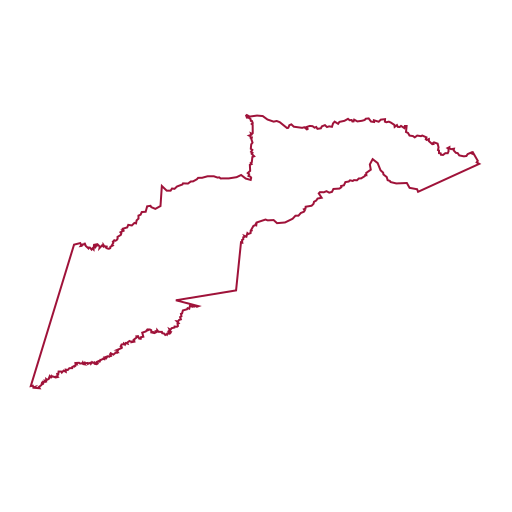 the district of La Montañita, Caquetá, Colombia, rotated 93°
{"feature_id": "7082276B18236401251587", "entity_name": "La Montañita", "entity_type": "district", "adm_level": 2, "iso_a3": "COL", "parent_name": "Colombia", "parent_adm1": "Caquetá", "projection": "robinson", "projection_center": [-75.265, 1.373], "detail": "fine", "context": "isolated", "style": "outline", "palette": "rose", "viewbox_px": 512, "rotation_deg": 93, "n_neighbors": 0, "source": "geoboundaries", "source_scale": "gbopen_adm2", "svg_char_len": 6121}
<svg xmlns="http://www.w3.org/2000/svg" viewBox="0 0 512 512"><g transform="rotate(93 256 256)"><path d="M115.7,272.6L116.3,273.2L118.3,272.3L118.2,270.8L119.5,268.6L121.3,268.2L121.4,267.1L123.4,266.2L124.4,267.2L125.2,266.2L133.5,265.7L134.3,266.4L133.8,267.5L135.1,267.0L136.1,269.1L136.6,267.8L138.2,267.5L138.0,266.4L139.6,266.7L143.0,265.4L144.7,266.6L149.2,266.8L150.3,265.2L152.2,266.4L153.2,264.9L154.2,265.7L156.5,263.1L157.3,264.8L162.5,265.1L163.4,266.1L164.4,265.2L165.3,266.9L171.3,266.3L173.6,268.6L174.7,267.1L176.5,267.7L177.1,265.7L178.2,264.9L180.3,265.3L179.2,270.3L175.9,275.1L178.3,279.5L179.9,287.1L180.4,295.4L179.4,296.8L179.7,298.5L178.6,302.2L178.9,308.5L180.7,313.9L181.0,317.9L182.5,319.1L184.8,322.8L185.0,325.0L187.2,327.7L187.3,332.7L188.4,333.2L190.7,338.5L193.2,340.9L193.0,343.4L195.2,344.7L195.4,348.6L191.0,353.7L211.1,354.0L214.2,359.0L212.7,363.1L211.4,364.0L212.1,367.3L217.6,368.5L218.1,372.4L220.8,373.4L221.8,375.5L224.8,375.3L226.7,377.1L229.7,377.5L229.3,379.1L232.0,381.6L231.6,385.2L234.2,386.1L235.7,390.4L237.3,389.7L237.3,390.7L238.0,390.1L239.4,392.6L240.5,391.7L242.0,392.1L244.2,395.3L246.0,395.1L247.5,396.1L248.2,397.5L247.7,398.4L249.3,399.7L250.2,399.1L252.5,400.3L253.0,399.6L254.4,401.9L255.8,402.0L256.5,403.3L256.2,405.0L255.4,406.4L254.4,405.8L254.1,408.1L252.7,409.1L254.3,409.2L253.5,410.3L256.3,412.7L254.8,412.5L252.5,415.0L253.0,417.0L253.8,416.3L253.8,417.3L254.5,417.1L254.4,416.2L255.7,416.9L254.4,418.4L258.0,418.5L256.9,419.6L258.2,420.5L256.3,422.3L256.3,423.6L257.1,423.8L254.9,426.5L251.8,427.9L253.5,427.8L253.5,429.6L255.0,430.6L255.2,431.6L254.2,431.0L252.3,432.2L254.2,438.3L397.7,474.1L397.2,472.1L398.9,471.4L398.3,469.9L399.2,470.6L399.4,465.2L398.2,466.0L396.2,463.6L394.3,463.2L395.0,462.4L394.5,461.3L394.4,462.6L393.0,462.2L393.5,461.5L392.5,461.0L392.6,460.1L391.6,460.4L392.0,459.0L389.9,459.1L390.6,458.2L389.7,456.7L387.3,455.9L388.2,455.5L386.6,454.3L387.6,453.8L386.8,453.0L387.8,449.7L387.4,448.3L386.9,449.3L386.5,447.8L384.3,448.3L384.4,447.3L381.7,447.1L381.6,444.3L382.5,443.8L380.5,442.1L381.6,439.9L379.4,440.1L379.7,438.0L377.8,436.5L377.6,433.7L376.3,433.6L375.7,431.8L374.6,431.9L375.7,431.3L374.9,430.4L372.7,430.7L373.2,429.4L372.2,429.8L371.9,427.1L372.6,426.2L372.3,423.9L371.5,423.5L373.0,422.9L373.1,421.9L372.4,422.8L371.3,421.4L372.0,420.7L371.6,418.5L372.5,418.2L371.3,415.9L372.3,415.3L370.5,414.2L371.2,413.1L370.7,411.9L372.1,411.5L372.4,409.5L371.8,408.7L371.0,410.0L370.1,409.5L369.1,407.5L369.8,407.6L369.7,406.6L368.1,406.0L368.6,405.1L368.0,405.6L366.7,403.3L367.0,402.1L365.5,402.1L366.2,400.4L364.9,399.6L364.7,400.7L363.8,398.6L364.5,396.6L363.9,397.2L363.4,395.6L362.5,396.0L362.6,397.0L361.7,395.4L361.5,396.4L360.7,396.0L362.0,393.3L359.8,391.0L360.1,389.0L359.5,389.8L359.4,389.0L358.7,389.6L357.2,388.8L357.1,389.8L354.9,385.3L354.1,385.2L353.3,386.4L351.4,385.6L351.2,383.9L350.2,383.5L351.4,382.2L349.7,381.5L350.2,379.7L349.3,380.1L347.5,377.9L348.1,376.6L347.6,374.1L348.3,374.6L347.9,373.0L346.1,373.8L343.5,370.8L342.5,371.2L342.2,369.6L344.6,368.3L344.7,366.8L343.1,366.6L342.5,364.3L338.5,365.6L337.1,362.1L335.0,360.6L335.0,359.7L335.8,360.1L334.9,358.2L335.5,356.8L337.1,356.6L337.3,355.0L337.9,355.7L338.3,353.4L337.2,351.5L336.3,352.0L336.2,350.8L335.2,350.8L336.8,349.4L336.7,346.0L338.0,345.6L338.2,343.8L339.6,342.5L338.8,341.3L339.2,340.8L338.1,340.5L338.1,338.2L337.2,337.4L336.5,338.8L336.0,337.7L335.4,339.0L334.7,338.2L333.6,338.7L334.2,337.6L332.5,336.5L331.7,333.7L330.7,333.6L330.8,331.2L330.0,330.3L327.7,330.8L327.2,329.7L325.3,331.7L325.3,330.3L323.9,329.5L323.2,327.7L321.0,328.6L320.1,327.3L317.7,327.9L317.2,326.8L314.2,326.2L312.8,322.1L311.7,321.6L312.1,319.9L309.4,319.4L310.0,316.6L309.0,316.2L309.7,314.9L309.0,314.0L309.8,312.4L309.1,310.8L304.4,333.7L291.4,274.1L243.1,271.7L243.4,270.4L240.8,270.8L240.0,269.6L238.0,269.7L237.3,268.1L236.5,268.6L237.2,266.6L233.6,265.8L234.4,264.8L233.4,262.6L231.0,262.6L230.7,261.7L230.0,262.1L226.0,260.1L225.5,258.6L224.0,257.9L224.7,257.3L222.5,257.1L219.1,248.4L219.8,246.3L219.2,240.3L222.1,236.7L221.0,228.8L216.9,221.4L213.7,218.7L213.5,215.7L210.7,213.5L209.3,210.5L208.0,209.7L206.8,210.6L206.2,209.1L204.2,209.0L202.9,203.1L200.9,201.3L198.8,200.9L197.5,198.8L195.4,197.5L194.4,193.5L190.2,196.6L188.9,195.5L188.8,191.6L187.6,189.0L188.9,186.2L188.0,183.5L185.0,182.2L184.3,176.2L182.9,174.4L181.7,174.7L180.8,171.9L177.5,170.6L176.8,167.3L175.5,166.1L176.0,163.3L175.1,162.2L175.1,159.1L173.2,157.4L173.0,155.1L170.5,151.5L169.4,151.2L169.5,150.0L167.3,150.3L163.8,145.9L158.6,147.1L153.2,144.6L156.8,139.4L163.9,136.1L166.1,133.4L167.9,133.0L170.3,129.6L173.4,128.5L174.0,126.3L175.1,125.5L176.2,119.7L175.2,109.2L179.9,106.2L180.9,98.6L183.4,97.5L152.3,37.9L150.9,40.5L149.4,39.5L140.9,45.0L141.1,45.8L142.5,45.4L141.8,47.3L143.2,50.0L145.1,51.1L145.6,53.6L144.9,58.3L142.7,60.0L142.5,61.8L140.1,64.2L138.5,63.9L139.1,66.8L138.4,68.6L137.2,68.6L138.2,70.3L138.7,69.4L141.4,69.2L143.3,69.9L143.4,72.3L145.3,74.5L145.2,76.6L143.8,77.0L143.7,78.6L141.1,78.8L140.7,79.8L137.9,79.4L134.3,80.5L133.2,84.2L133.9,85.1L134.9,84.7L135.1,85.8L132.2,89.4L130.2,89.5L131.2,91.6L130.5,92.6L128.6,92.0L127.0,96.3L127.7,97.5L127.3,101.3L129.2,103.7L128.0,105.6L127.7,109.0L125.2,110.6L124.3,112.7L118.3,112.4L118.4,114.2L120.5,114.6L118.5,118.0L119.7,119.3L119.6,121.2L117.9,122.1L119.8,124.3L117.8,124.7L115.6,128.5L114.9,130.4L115.6,132.9L115.1,134.3L112.6,134.3L113.3,138.5L115.5,140.5L114.3,145.3L116.0,145.1L115.7,148.2L112.7,150.7L113.2,153.6L114.5,154.6L115.4,157.2L116.3,161.8L114.7,165.1L116.5,165.6L116.6,166.8L115.2,167.6L115.5,169.6L114.2,171.3L116.4,174.8L117.7,179.7L119.7,180.9L117.7,184.5L119.6,186.0L123.0,186.9L122.7,189.7L123.5,191.9L121.7,194.0L123.1,197.0L125.1,197.9L125.8,201.3L124.0,202.6L124.8,204.2L123.4,206.3L123.3,209.1L124.6,212.4L126.4,211.1L126.9,211.8L124.9,214.5L125.6,216.6L124.9,225.0L122.7,227.6L123.6,229.5L126.3,230.5L126.6,231.7L121.1,239.3L120.1,242.4L120.9,245.4L119.1,251.7L115.9,256.6L115.7,262.3L117.1,269.6L115.7,272.6Z" fill="none" stroke="#9f1239" stroke-width="2"/></g></svg>